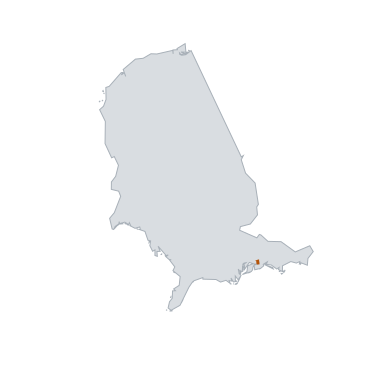 Montgomery, Pennsylvania, United States of America shown in context, rotated 43°
{"feature_id": "52423323B27696847619377", "entity_name": "Montgomery", "entity_type": "district", "adm_level": 2, "iso_a3": "USA", "parent_name": "United States of America", "parent_adm1": "Pennsylvania", "projection": "albers", "projection_center": [-75.324, 40.212], "detail": "fine", "context": "in_parent", "style": "filled", "palette": "amber", "viewbox_px": 384, "rotation_deg": 43, "n_neighbors": 0, "source": "geoboundaries", "source_scale": "gbopen_adm2", "svg_char_len": 4240}
<svg xmlns="http://www.w3.org/2000/svg" viewBox="0 0 384 384"><g transform="rotate(43 192 192)"><path d="M291.0,167.6L308.4,165.4L314.8,151.0L321.3,152.9L322.1,161.5L326.3,166.9L319.8,169.5L319.5,171.2L318.3,169.3L316.8,172.8L311.7,175.5L308.5,184.2L311.7,187.8L313.7,187.2L313.1,185.6L313.7,186.3L314.0,188.1L308.2,189.7L307.1,187.8L306.5,190.5L299.8,191.3L294.7,194.8L295.2,192.9L294.7,191.6L293.4,196.3L294.8,197.1L294.3,201.0L290.9,206.1L287.2,203.0L289.4,199.8L286.9,202.0L287.9,205.5L289.4,207.6L289.6,209.8L285.1,218.0L286.5,212.8L283.1,208.0L285.5,202.8L282.0,204.4L283.1,212.0L279.8,209.6L278.6,209.8L279.7,207.5L279.7,206.8L278.5,208.6L278.4,210.2L283.4,213.2L282.3,214.6L280.0,211.9L279.2,211.4L282.0,214.6L283.2,215.3L282.4,217.2L280.9,215.7L283.3,218.6L282.7,219.0L281.5,217.5L278.4,216.8L282.2,219.6L284.7,219.5L287.1,226.5L285.0,221.1L285.6,224.7L280.9,223.9L284.2,227.3L285.9,226.4L283.7,229.5L279.2,228.3L281.9,230.0L279.5,231.5L282.3,232.8L277.1,233.4L274.3,238.4L269.3,239.6L259.4,248.3L258.3,247.2L254.1,255.3L253.7,257.4L254.7,263.8L260.5,283.0L257.4,292.8L253.6,293.1L250.4,287.6L250.0,283.1L245.2,277.6L247.2,275.5L244.7,275.4L246.3,269.0L241.0,261.9L231.7,262.5L230.5,258.5L221.7,257.0L223.0,255.7L221.2,257.0L217.1,257.1L217.5,254.2L216.5,256.1L204.2,254.8L209.2,257.1L206.9,259.4L210.5,262.7L208.2,263.7L204.4,259.6L203.6,262.2L197.8,260.0L195.1,256.0L192.7,257.3L184.5,252.9L178.6,255.5L180.1,254.8L177.6,253.2L175.1,257.4L169.1,259.1L170.5,258.5L167.1,257.2L168.0,259.0L163.4,259.9L160.6,264.5L158.9,263.3L160.2,265.0L159.3,269.7L160.3,272.8L158.8,273.5L149.7,267.4L149.3,260.1L142.8,243.8L137.8,241.4L131.2,245.1L126.2,239.6L125.5,232.6L120.0,222.6L111.0,219.1L109.9,221.8L95.4,215.9L80.5,199.5L68.3,194.8L68.8,189.6L66.0,182.9L57.7,174.3L59.4,171.2L58.8,153.0L59.9,151.8L60.5,154.5L61.1,150.9L64.7,152.7L58.1,149.3L60.0,133.4L65.1,127.5L67.7,118.9L72.2,115.0L81.3,101.6L84.0,103.8L81.2,101.1L84.3,97.9L83.2,97.3L85.8,88.2L92.2,93.9L88.4,97.2L92.4,95.6L90.2,99.0L88.0,98.8L89.1,99.7L91.3,99.0L93.8,95.8L94.9,89.2L204.1,132.7L204.7,130.4L206.0,134.8L218.3,141.7L232.0,142.4L249.0,155.8L249.5,158.8L255.5,164.1L256.5,175.6L251.0,184.3L252.9,187.5L270.7,181.3L270.2,177.1L271.8,176.4L281.2,176.3L291.0,167.6ZM301.9,193.2L304.8,192.6L294.5,195.6L303.0,192.0L301.9,193.2ZM93.5,92.9L93.2,95.6L93.0,95.9L92.6,93.5L93.5,92.9ZM160.3,272.0L160.0,267.7L160.7,265.4L160.2,267.9L160.3,272.0ZM320.5,169.8L320.5,171.1L320.0,170.9L320.5,169.8ZM194.9,257.2L195.0,258.2L194.2,257.2L194.9,257.2ZM59.7,179.9L61.1,180.0L59.7,179.9ZM58.7,178.9L57.9,179.2L57.8,178.5L58.7,178.9ZM310.9,189.7L310.1,190.6L309.9,190.4L310.9,189.7ZM161.9,263.5L160.7,265.1L163.5,262.0L161.9,263.5ZM258.8,276.7L259.9,280.5L258.6,276.4L258.8,276.7ZM64.2,185.9L64.2,187.0L64.1,185.9L64.2,185.9ZM257.9,293.3L256.7,294.4L258.8,292.1L257.9,293.3ZM287.5,228.9L286.3,230.4L287.3,226.9L287.5,228.9ZM93.6,90.5L93.2,91.2L93.0,90.6L93.6,90.5ZM167.9,259.8L165.7,260.1L168.0,259.5L167.9,259.8ZM313.7,190.0L313.6,190.9L312.8,190.7L313.7,190.0ZM62.8,188.4L62.7,189.7L62.6,188.4L62.8,188.4ZM165.1,260.7L164.2,261.0L165.1,260.4L165.1,260.7ZM289.2,211.4L287.9,213.4L289.3,210.6L289.2,211.4ZM177.8,256.2L176.4,256.6L178.5,255.8L177.8,256.2ZM254.3,256.3L253.9,257.8L253.9,256.8L254.3,256.3ZM282.7,233.0L282.3,233.3L283.5,232.2L282.7,233.0ZM235.0,262.5L233.4,263.1L232.8,262.9L235.0,262.5ZM216.6,256.7L216.3,257.0L215.4,256.8L216.6,256.7ZM248.3,283.1L248.4,284.2L248.0,282.9L248.3,283.1ZM212.3,258.3L211.9,259.2L212.1,257.5L212.3,258.3ZM254.2,295.7L253.3,295.8L254.5,295.5L254.2,295.7ZM294.1,201.7L293.5,202.7L294.2,201.3L294.1,201.7ZM285.4,230.7L284.8,231.0L284.7,231.0L285.4,230.7Z" fill="#d9dde1" stroke="#a8b0b8" stroke-width="1"/><path d="M287.2,196.8L287.1,197.1L286.7,197.7L286.4,198.1L286.5,198.1L286.8,198.3L286.8,198.2L287.0,198.4L287.1,198.5L287.3,198.7L287.3,198.8L287.5,198.9L287.5,199.0L287.9,199.3L288.0,199.3L288.2,199.5L288.3,199.6L288.4,199.8L288.5,199.8L288.6,199.7L288.8,199.6L288.7,199.6L288.5,199.4L288.7,199.2L288.9,199.2L289.1,199.3L289.3,199.4L289.4,199.2L289.5,199.1L289.7,198.9L289.4,198.6L289.1,198.3L288.7,198.1L288.6,197.9L288.2,197.6L287.8,197.3L287.6,197.2L287.4,197.0L287.2,196.8Z" fill="#f59e0b" stroke="#b45309" stroke-width="1.5"/></g></svg>